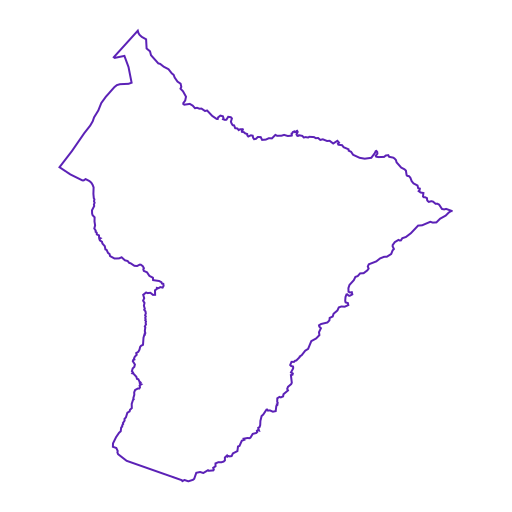 Cuamba, Niassa, Mozambique (Albers equal-area conic projection)
{"feature_id": "85939544B95923837460414", "entity_name": "Cuamba", "entity_type": "district", "adm_level": 2, "iso_a3": "MOZ", "parent_name": "Mozambique", "parent_adm1": "Niassa", "projection": "albers", "projection_center": [36.593, -14.749], "detail": "fine", "context": "isolated", "style": "outline", "palette": "violet", "viewbox_px": 512, "rotation_deg": 0, "n_neighbors": 0, "source": "geoboundaries", "source_scale": "gbopen_adm2", "svg_char_len": 6059}
<svg xmlns="http://www.w3.org/2000/svg" viewBox="0 0 512 512"><path d="M452.5,211.2L446.1,208.9L444.2,209.4L442.0,209.0L439.1,204.6L437.3,203.7L435.6,203.8L433.0,201.6L431.3,201.2L428.8,201.9L427.7,201.0L427.1,200.0L427.0,198.2L425.3,197.3L423.7,197.2L423.0,196.5L423.4,193.0L420.6,192.5L418.7,191.1L419.6,190.1L419.8,188.6L418.2,188.2L417.5,185.5L413.5,183.4L411.7,181.2L410.3,177.6L408.9,176.1L407.3,175.9L406.6,175.1L405.9,170.6L404.5,169.3L401.2,167.6L396.6,162.4L395.9,160.0L394.4,158.4L393.1,157.6L389.1,156.8L388.3,155.2L385.8,155.5L384.1,156.9L378.4,157.1L376.2,156.7L375.7,155.8L377.4,153.7L377.2,151.9L376.3,150.9L375.7,151.2L374.8,153.1L371.3,157.8L364.7,158.7L359.6,157.8L353.1,154.8L351.1,151.8L348.7,150.7L348.5,149.3L343.6,147.2L342.1,145.2L338.4,144.7L337.9,143.7L339.0,142.6L337.4,140.8L333.2,143.5L329.6,140.8L327.1,141.0L322.8,139.3L320.3,139.9L318.1,138.0L315.8,138.2L314.0,137.1L309.3,136.8L308.2,137.5L305.5,137.1L303.8,137.5L302.3,135.9L299.0,135.2L298.6,135.8L297.4,135.9L296.5,134.5L297.7,131.9L297.1,130.8L296.4,131.1L296.2,132.1L294.8,132.1L294.3,131.4L292.8,132.1L292.2,133.4L291.6,133.6L291.8,135.5L291.2,135.7L287.8,136.0L284.1,134.9L281.5,135.7L277.1,135.8L275.4,134.9L271.9,138.4L268.9,138.2L265.8,139.6L262.1,139.9L260.7,137.1L257.8,137.0L256.0,138.8L254.1,139.2L253.1,137.7L252.7,135.7L250.9,135.3L248.3,136.5L247.4,135.5L247.2,134.0L245.2,133.4L243.9,132.2L241.9,131.8L241.8,130.9L242.9,129.7L242.7,129.2L240.0,129.3L238.7,130.1L237.4,128.5L235.2,128.2L234.1,125.4L232.7,125.2L231.6,123.5L230.9,121.7L231.9,118.4L230.8,117.2L228.2,116.8L226.4,119.7L225.0,119.9L223.0,119.2L223.5,118.1L222.9,116.3L220.4,115.6L218.1,117.4L217.7,119.0L216.6,118.9L212.2,115.9L207.1,110.5L205.0,111.0L201.5,108.6L199.4,108.7L197.1,107.8L195.0,108.2L192.7,105.6L189.8,103.9L184.3,104.7L183.3,104.0L183.3,103.1L185.2,100.5L186.0,96.7L183.0,91.3L180.5,88.7L181.3,86.9L180.6,83.7L177.5,81.6L174.7,77.6L173.6,74.8L171.8,73.4L168.5,69.2L163.7,66.7L160.2,63.9L158.3,63.4L151.0,55.2L150.0,51.3L146.6,48.5L146.1,39.3L141.8,36.9L139.6,34.9L138.5,33.2L137.8,30.7L113.8,57.2L114.7,57.9L124.4,55.9L128.5,67.0L131.6,82.7L128.6,83.8L120.0,84.2L116.9,85.1L114.4,87.1L105.8,96.8L101.3,103.0L98.3,110.5L94.1,117.3L92.7,121.3L90.2,125.6L84.3,133.1L71.9,151.1L59.5,167.2L70.3,174.4L82.4,180.4L83.7,180.4L85.6,179.1L89.5,181.1L91.3,182.7L92.6,184.8L93.6,187.4L93.4,193.9L93.8,198.2L94.4,199.3L94.0,201.3L94.6,202.7L93.9,204.6L94.2,206.0L92.0,210.3L92.1,213.6L92.6,215.2L94.6,217.3L94.5,221.5L95.1,225.4L94.3,228.5L95.7,230.6L95.6,231.8L96.7,232.6L96.8,234.4L99.0,235.4L99.1,237.7L100.5,238.3L99.4,239.1L99.9,240.4L102.0,241.8L102.4,243.5L104.8,246.2L105.4,249.4L106.6,249.9L108.0,252.9L109.5,254.0L110.1,256.1L114.5,258.5L119.0,258.4L121.6,257.3L124.9,260.3L127.6,261.0L129.3,263.0L130.5,263.2L134.4,265.8L137.1,266.0L139.8,264.6L140.8,264.7L142.8,266.2L143.9,268.2L143.3,269.2L143.8,270.9L147.0,272.3L149.4,275.9L152.9,277.7L153.1,280.1L159.1,281.0L161.4,282.2L161.9,283.5L163.3,283.8L163.6,285.8L162.6,287.6L160.3,287.1L158.5,288.2L156.9,287.9L156.9,288.9L155.0,290.3L155.1,294.8L153.0,294.9L150.4,292.8L147.5,293.1L146.1,292.5L143.2,294.8L144.2,298.2L143.1,300.7L144.5,302.9L143.9,305.7L144.8,308.8L144.2,309.8L145.5,311.4L145.8,313.5L145.1,315.3L145.8,316.4L145.2,317.9L145.7,319.2L145.2,320.2L146.0,321.4L145.6,322.9L146.0,324.3L144.8,326.5L145.3,327.4L144.8,331.0L145.3,333.0L144.7,333.4L144.9,334.7L144.3,334.9L143.5,337.7L143.0,344.8L141.0,345.8L140.1,347.0L139.5,349.6L138.3,351.8L136.2,353.1L136.7,354.8L134.8,356.7L134.0,358.5L134.4,359.5L133.2,360.0L132.8,361.2L134.9,364.5L134.3,366.9L132.7,368.4L131.9,371.2L133.0,372.5L132.4,373.3L133.3,373.5L136.3,376.7L137.0,378.9L138.3,379.2L139.4,381.4L140.5,382.4L139.7,383.0L140.0,383.7L141.3,384.3L139.6,385.5L140.0,387.2L139.3,388.5L137.9,388.5L135.1,390.0L134.2,392.3L134.3,394.8L133.3,398.2L133.7,399.3L133.0,399.9L131.7,403.9L131.8,408.1L130.0,409.8L129.6,411.4L127.4,412.7L125.9,417.4L124.5,418.9L124.6,420.6L122.9,423.1L123.2,424.0L122.2,425.3L122.2,426.6L121.2,427.5L120.7,431.3L119.1,432.7L116.1,437.1L113.0,443.4L112.9,446.8L116.3,448.0L117.7,451.0L117.4,452.4L118.1,454.2L126.6,460.8L181.8,480.2L182.4,481.1L184.5,480.0L188.3,481.3L193.0,479.8L194.2,478.8L196.3,472.8L200.1,472.0L203.3,473.0L208.0,470.2L208.7,470.8L213.3,470.4L213.8,469.6L213.2,467.8L215.5,466.3L215.5,463.4L218.4,462.2L221.2,462.3L223.6,461.6L224.9,460.4L224.9,457.5L227.0,455.5L227.5,456.6L228.5,456.0L229.6,456.4L231.6,456.1L232.9,453.4L237.4,451.1L238.0,446.5L239.5,445.9L241.8,440.7L244.3,439.8L243.7,438.7L247.5,438.0L249.6,438.2L250.5,437.6L252.7,433.9L256.2,433.0L257.2,432.1L256.9,430.8L257.8,430.1L259.0,430.5L258.2,427.9L259.6,427.0L260.2,425.1L260.4,420.9L261.6,416.0L263.2,414.6L266.5,409.6L267.1,409.5L267.9,410.6L269.9,410.4L272.9,411.7L275.7,411.1L276.3,406.0L277.3,405.0L276.9,404.3L277.5,404.0L277.7,402.6L277.2,401.9L277.3,398.3L279.5,396.9L280.8,397.4L283.1,396.4L283.5,394.2L288.0,390.4L287.2,388.9L288.0,386.8L291.2,384.1L291.8,382.7L290.9,375.1L292.5,374.7L292.8,373.5L291.0,372.4L293.1,368.5L293.2,367.3L293.0,366.5L291.1,366.0L290.2,365.0L291.5,361.9L294.0,361.9L295.0,360.8L296.3,360.5L299.7,357.1L299.7,356.5L301.7,355.2L305.2,350.7L308.1,348.9L311.3,341.1L316.1,338.5L319.4,335.1L319.0,332.2L320.9,328.2L319.3,326.6L319.0,325.3L321.1,324.0L327.4,322.5L329.4,320.4L329.7,317.9L332.7,316.5L333.6,313.7L337.4,310.5L338.8,307.4L341.4,306.5L344.7,306.7L348.3,305.1L347.9,303.1L345.6,302.4L345.2,300.9L345.5,297.0L346.5,294.4L347.3,294.3L348.6,295.6L349.7,295.8L352.3,294.4L351.8,292.2L350.0,292.5L348.5,291.7L348.4,288.1L349.5,284.9L353.8,280.2L355.4,276.9L357.7,276.1L360.1,273.4L363.6,273.2L367.3,270.4L368.6,268.6L367.8,266.5L368.8,264.3L376.3,261.4L380.1,258.4L384.1,256.8L386.9,256.7L391.2,254.0L392.6,250.4L393.9,249.0L392.6,246.3L392.7,245.0L394.8,242.1L398.5,239.9L399.7,240.5L400.9,240.4L402.3,238.2L405.9,237.0L410.9,233.2L418.1,225.6L422.1,225.3L430.3,221.8L432.8,222.6L436.4,222.4L440.1,218.7L445.7,215.6L448.7,212.6L451.1,211.0L452.5,211.2Z" fill="none" stroke="#5b21b6" stroke-width="2"/></svg>